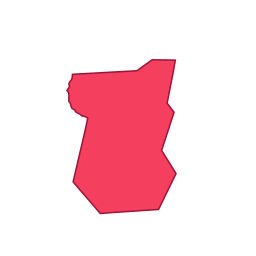 outline of Lagoa Alegre, Piauí, Brazil, rotated 312°
{"feature_id": "56859067B42256533282614", "entity_name": "Lagoa Alegre", "entity_type": "district", "adm_level": 2, "iso_a3": "BRA", "parent_name": "Brazil", "parent_adm1": "Piauí", "projection": "mercator", "projection_center": [-42.558, -4.484], "detail": "fine", "context": "isolated", "style": "filled", "palette": "rose", "viewbox_px": 256, "rotation_deg": 312, "n_neighbors": 0, "source": "geoboundaries", "source_scale": "gbopen_adm2", "svg_char_len": 620}
<svg xmlns="http://www.w3.org/2000/svg" viewBox="0 0 256 256"><g transform="rotate(312 128 128)"><path d="M124.1,53.7L121.5,54.3L119.4,56.9L115.0,57.5L114.6,60.3L112.7,62.2L110.6,64.1L108.3,66.1L107.9,68.1L105.1,73.1L105.7,76.5L105.0,78.4L106.1,83.3L106.2,86.0L107.4,87.4L108.5,91.4L98.9,97.0L51.3,123.2L49.9,133.3L47.2,154.8L45.9,164.6L53.6,171.9L87.9,205.2L126.3,194.2L128.6,186.3L133.8,168.0L166.7,153.4L170.5,151.7L172.6,140.5L200.3,123.9L210.1,117.8L208.1,115.4L194.8,100.3L184.9,98.1L176.5,96.3L135.3,55.3L130.7,50.8L128.6,52.4L126.4,53.7L124.1,53.7Z" fill="#f43f5e" stroke="#9f1239" stroke-width="1.5"/></g></svg>